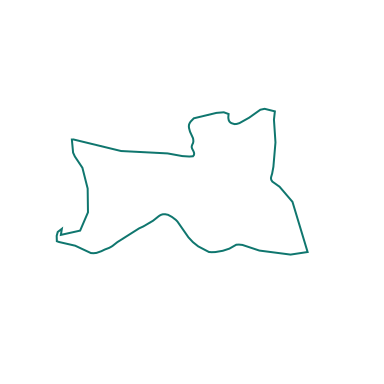 an SVG outline of Manubah, rotated 211°
{"feature_id": "TUN-102", "entity_name": "Manubah", "entity_type": "Governorate", "adm_level": 1, "iso_a3": "TUN", "parent_name": "Tunisia", "parent_adm1": "", "projection": "robinson", "projection_center": [9.985, 36.85], "detail": "fine", "context": "isolated", "style": "outline", "palette": "teal", "viewbox_px": 384, "rotation_deg": 211, "n_neighbors": 0, "source": "natural_earth", "source_scale": "10m", "svg_char_len": 1363}
<svg xmlns="http://www.w3.org/2000/svg" viewBox="0 0 384 384"><g transform="rotate(211 192 192)"><path d="M282.5,80.2L285.4,84.7L286.5,88.6L284.6,93.4L282.3,87.7L268.0,101.3L270.7,121.0L283.2,141.2L298.4,156.3L310.7,162.1L314.2,164.5L322.0,175.1L320.6,176.0L273.9,190.6L232.8,212.5L218.8,217.8L212.6,221.0L209.6,223.1L209.4,224.6L209.8,225.8L210.5,226.7L211.6,227.6L214.2,229.2L215.3,230.2L215.8,231.1L216.2,232.9L216.3,234.4L216.8,235.9L217.7,237.3L218.8,238.6L224.8,242.7L227.6,245.4L228.6,246.8L229.3,248.4L229.5,250.3L229.4,251.8L228.4,256.1L211.8,272.4L205.8,276.7L200.8,277.7L199.4,274.8L198.6,273.7L197.3,272.3L196.0,271.6L194.6,271.3L193.3,271.4L190.5,272.1L188.7,273.4L186.8,275.5L181.3,285.1L175.8,297.7L172.6,300.7L162.5,303.8L159.0,296.2L146.0,277.5L135.2,255.5L132.8,249.1L132.0,246.0L131.5,244.6L130.4,243.3L128.5,242.3L119.6,241.6L100.8,235.3L62.0,200.1L75.3,189.1L104.1,176.5L121.5,172.6L124.7,171.1L126.9,169.6L130.8,162.7L135.3,157.5L141.1,152.5L144.2,150.5L146.6,149.3L158.7,148.6L165.4,149.5L171.7,151.3L189.3,159.2L191.6,159.8L196.5,160.3L200.8,160.1L203.6,159.1L205.5,157.9L206.7,156.6L207.5,155.3L208.1,154.0L210.6,147.3L216.0,137.4L218.6,133.6L230.2,110.5L232.4,104.7L233.2,103.2L234.2,101.5L237.1,97.8L239.2,94.6L242.5,90.6L244.9,88.8L247.2,87.6L264.5,85.8L280.4,80.6L282.5,80.2Z" fill="none" stroke="#0f766e" stroke-width="2"/></g></svg>